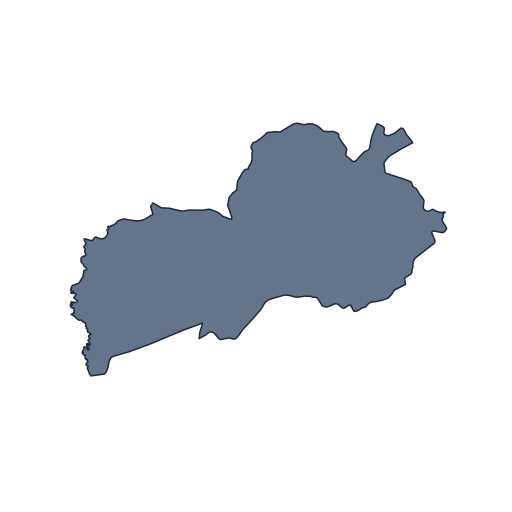 the district of Ezeris, Caras-Severin, Romania, rotated 113°
{"feature_id": "2599482B45431507680180", "entity_name": "Ezeris", "entity_type": "district", "adm_level": 2, "iso_a3": "ROU", "parent_name": "Romania", "parent_adm1": "Caras-Severin", "projection": "natural_earth1", "projection_center": [21.931, 45.399], "detail": "fine", "context": "isolated", "style": "filled", "palette": "slate", "viewbox_px": 512, "rotation_deg": 113, "n_neighbors": 0, "source": "geoboundaries", "source_scale": "gbopen_adm2", "svg_char_len": 6061}
<svg xmlns="http://www.w3.org/2000/svg" viewBox="0 0 512 512"><g transform="rotate(113 256 256)"><path d="M430.8,361.1L424.1,349.6L422.0,348.6L418.2,348.5L414.5,349.1L410.9,350.0L406.1,349.7L404.5,348.6L393.8,335.5L379.0,319.7L352.5,293.8L339.0,279.3L340.6,278.6L343.8,278.4L348.6,277.8L354.1,276.0L348.9,271.9L345.0,269.7L344.0,268.7L343.5,267.8L343.2,266.5L343.2,264.8L343.9,263.2L346.4,258.4L346.9,256.1L345.8,254.4L344.4,252.6L343.6,251.0L342.3,249.7L341.8,247.8L341.5,245.1L340.3,242.4L337.3,241.3L334.7,240.6L329.4,239.6L317.0,235.1L304.5,231.0L300.9,230.2L297.2,229.9L294.6,229.2L291.8,227.5L288.9,224.5L280.7,214.4L279.9,211.9L279.2,209.4L278.8,206.8L278.5,204.2L277.3,200.9L273.9,195.5L271.9,190.3L271.6,187.4L270.7,184.6L270.8,183.0L276.0,175.5L275.9,172.9L275.4,171.0L272.7,167.9L269.5,165.2L268.6,163.4L268.5,161.4L269.9,157.2L270.0,155.3L268.6,153.6L265.5,151.7L264.3,149.8L268.4,144.6L268.4,143.4L267.3,141.6L265.2,139.9L262.7,138.4L259.8,135.0L257.6,134.5L255.5,133.6L255.1,133.4L253.1,131.4L251.1,127.8L248.7,124.3L246.0,121.0L243.0,117.9L238.1,116.1L233.5,115.4L223.9,107.4L222.5,107.9L218.8,110.4L217.4,110.1L214.9,108.2L212.3,106.4L210.2,106.1L208.6,106.9L204.5,107.4L202.5,108.3L200.4,108.9L196.7,109.0L194.2,107.8L177.2,98.4L175.3,97.1L173.4,96.8L172.0,97.5L170.8,98.3L166.2,103.1L164.7,103.5L163.6,102.3L161.7,93.7L161.3,93.1L160.1,92.1L159.4,91.8L157.0,91.2L155.7,91.6L151.1,98.1L148.8,99.2L148.1,99.2L146.7,98.8L146.1,99.1L145.1,100.1L144.1,99.7L143.8,100.1L143.0,99.9L142.4,99.0L141.9,99.2L142.0,99.8L142.3,100.5L143.2,101.4L144.1,105.1L144.4,107.5L143.9,111.3L144.6,112.4L146.4,113.7L147.8,115.3L148.0,116.3L148.0,117.4L147.8,118.4L147.3,119.7L145.7,121.1L139.7,122.9L138.4,124.0L136.8,126.4L135.7,129.0L133.4,131.9L131.3,135.0L130.9,138.4L127.3,142.0L127.1,143.8L127.6,151.9L129.1,168.7L128.1,170.2L120.8,174.4L118.3,174.3L112.1,172.4L101.2,164.5L90.6,156.1L89.6,157.1L85.6,164.7L82.3,168.7L81.2,170.8L81.7,172.6L88.7,176.4L93.0,180.3L94.3,183.6L93.7,185.8L91.6,186.8L89.3,187.3L87.7,188.4L87.0,191.6L87.0,196.3L89.9,196.4L98.8,196.2L105.5,195.2L112.0,193.6L114.2,193.8L116.3,195.7L118.7,197.4L123.9,199.4L129.2,201.1L131.2,203.1L128.4,212.8L122.5,214.1L121.2,215.3L118.0,220.7L114.5,225.9L112.6,226.9L111.8,227.6L111.1,228.5L111.1,231.0L111.2,233.8L113.3,238.2L114.8,242.8L113.4,246.2L112.2,251.3L112.3,255.5L114.0,259.7L116.3,262.9L117.7,270.1L119.8,273.0L125.0,276.9L132.0,281.9L132.6,282.7L133.1,283.6L133.5,285.3L134.1,287.0L138.0,293.9L143.9,296.5L145.1,297.3L146.5,297.8L148.4,299.2L150.5,300.5L153.0,303.1L157.5,303.3L159.2,302.2L160.3,300.3L163.0,299.9L168.4,297.4L171.6,296.9L176.7,297.6L179.2,297.4L180.6,299.9L185.4,301.2L194.1,302.1L199.0,300.8L202.2,299.7L205.3,300.8L206.4,301.8L212.6,303.6L220.4,301.9L225.7,297.0L230.2,293.2L231.7,293.1L232.4,296.6L232.2,298.8L232.6,301.4L231.6,304.6L230.7,308.3L230.8,313.2L231.2,317.3L234.8,323.3L239.8,335.5L243.6,341.5L245.8,354.1L248.6,361.8L247.5,371.6L251.6,372.4L257.9,367.1L260.3,369.0L263.0,370.8L265.6,372.8L268.2,375.6L270.1,378.9L272.3,386.7L273.4,391.9L275.5,394.7L277.6,396.8L278.9,397.2L282.7,398.8L283.7,400.1L285.1,401.1L284.9,401.3L286.9,402.7L286.3,403.4L287.2,403.9L288.6,402.2L290.5,403.4L291.7,401.8L292.1,401.5L292.5,401.6L294.2,401.1L298.1,402.0L300.3,404.1L301.2,407.7L301.0,410.5L301.9,411.8L305.6,412.5L306.5,415.0L306.7,418.6L307.0,419.9L307.3,420.8L308.5,420.2L310.0,418.7L310.3,417.7L310.7,417.4L311.3,417.2L313.9,418.1L314.6,418.0L315.1,417.7L315.6,416.5L316.1,416.0L318.0,415.9L318.5,415.6L320.8,413.5L321.5,413.1L322.2,413.1L324.4,415.5L325.8,416.1L326.3,416.1L328.5,415.5L329.2,415.0L330.3,413.9L331.0,412.0L331.8,411.3L332.6,410.3L333.1,408.0L333.5,407.5L334.0,406.9L334.4,406.8L334.7,406.9L336.0,408.1L337.0,408.7L337.7,408.6L338.6,407.9L341.7,407.7L342.7,407.1L344.4,407.7L347.1,407.8L349.0,408.3L349.9,408.4L350.8,408.9L351.6,410.2L353.7,412.1L354.7,413.4L356.4,413.8L358.2,413.3L359.0,413.5L359.5,413.5L359.7,413.4L359.6,412.8L362.4,411.8L362.4,411.3L362.3,410.9L361.3,411.0L360.1,410.6L360.7,410.0L361.3,409.9L361.8,409.4L361.8,409.2L361.5,409.0L361.1,408.8L361.6,406.6L361.7,406.4L361.9,406.4L364.5,407.3L365.3,407.4L366.0,406.5L366.4,405.5L366.7,403.2L366.9,402.8L367.1,402.7L368.5,403.1L369.5,404.2L369.5,404.9L369.7,405.2L370.4,405.6L369.8,405.9L369.8,406.1L370.4,407.6L370.4,408.1L370.6,408.1L371.2,407.7L371.1,407.2L371.4,407.2L371.8,407.9L372.0,407.9L372.0,407.1L372.7,406.7L372.6,405.9L373.1,405.9L373.3,407.8L373.9,407.8L374.2,407.6L374.7,406.8L375.6,406.1L375.6,405.0L375.7,404.6L375.4,403.5L376.2,402.7L377.3,402.4L378.2,401.7L379.2,401.3L379.4,401.7L379.6,401.9L379.8,401.9L380.1,401.7L381.8,403.2L382.1,403.2L382.2,400.8L382.7,398.9L383.5,397.2L383.8,395.4L384.2,394.3L384.2,393.4L383.5,392.4L383.4,391.5L384.0,390.6L384.2,389.8L384.4,387.7L384.1,386.9L384.9,386.6L385.8,385.8L387.3,385.4L387.6,384.6L387.9,384.2L388.4,383.9L388.9,383.9L389.1,383.5L389.3,382.5L389.6,381.9L390.6,382.0L391.4,381.7L391.8,380.9L391.9,378.8L392.0,378.5L392.3,378.5L392.7,378.2L392.6,377.4L392.8,377.4L393.3,378.2L394.4,378.8L395.8,378.6L396.8,376.5L397.1,376.5L397.4,377.0L398.4,377.6L399.4,377.5L400.1,377.0L400.7,375.2L400.9,375.0L401.4,375.1L402.1,374.6L402.2,374.3L403.1,374.1L403.7,374.8L403.7,375.0L403.4,375.3L403.2,375.8L402.9,375.6L402.5,375.8L402.5,376.1L402.3,376.4L402.3,376.7L402.6,377.2L403.0,377.5L404.5,376.8L404.6,376.2L404.8,375.9L405.2,375.8L405.4,376.0L405.7,375.9L405.9,375.6L406.0,375.1L405.8,374.1L406.9,373.0L407.6,373.1L408.0,374.3L407.3,375.0L407.1,375.5L406.4,375.5L406.5,378.1L406.7,378.6L407.3,378.8L408.6,378.3L410.5,378.2L411.4,378.4L412.4,378.3L412.5,378.0L412.0,377.7L412.5,377.4L413.3,377.8L413.6,377.7L413.8,376.9L413.7,376.6L414.4,375.8L414.3,375.3L414.5,374.6L414.4,374.0L415.6,374.1L417.2,373.0L417.5,372.2L417.3,371.2L417.3,370.6L418.1,370.6L419.0,369.5L421.1,370.1L422.0,370.1L422.4,369.9L422.7,369.7L422.8,369.3L422.8,368.7L423.1,367.2L423.4,367.2L423.7,367.6L423.9,367.7L425.1,367.5L428.5,364.1L429.7,363.2L430.1,362.4L430.1,361.5L430.8,361.1Z" fill="#64748b" stroke="#1e293b" stroke-width="1.5"/></g></svg>